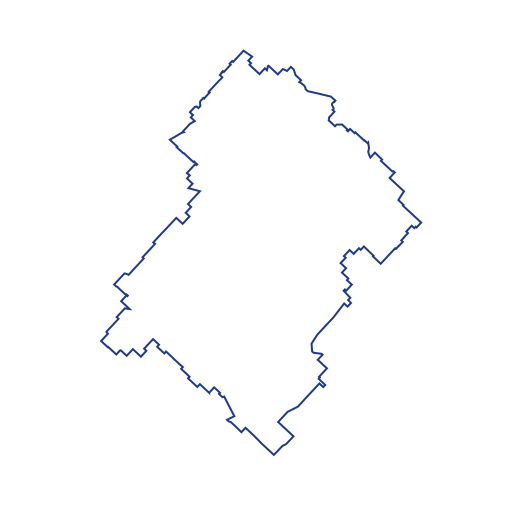 Dumbleyung, Western Australia, Australia, rotated 133°
{"feature_id": "25037944B51137520992535", "entity_name": "Dumbleyung", "entity_type": "district", "adm_level": 2, "iso_a3": "AUS", "parent_name": "Australia", "parent_adm1": "Western Australia", "projection": "natural_earth1", "projection_center": [117.914, -33.218], "detail": "fine", "context": "isolated", "style": "outline", "palette": "blue", "viewbox_px": 512, "rotation_deg": 133, "n_neighbors": 0, "source": "geoboundaries", "source_scale": "gbopen_adm2", "svg_char_len": 4559}
<svg xmlns="http://www.w3.org/2000/svg" viewBox="0 0 512 512"><g transform="rotate(133 256 256)"><path d="M118.9,158.0L118.9,163.7L119.0,182.9L118.0,182.9L118.0,188.4L118.0,188.5L118.0,190.0L111.9,191.2L107.8,191.9L107.8,197.3L107.8,201.8L107.8,210.8L107.8,211.5L105.2,211.5L100.2,211.5L100.2,213.3L101.2,213.8L101.2,225.2L101.2,226.2L101.2,229.5L99.5,229.5L99.3,239.5L106.0,239.5L105.3,241.2L104.5,243.0L103.3,244.9L103.2,244.9L100.0,247.0L96.4,251.4L97.4,251.4L97.4,255.6L97.8,255.6L97.8,257.4L97.8,267.7L98.9,267.7L98.9,273.8L102.1,273.8L102.1,275.3L101.1,275.3L101.1,282.7L105.0,286.7L107.2,286.7L107.2,286.8L107.2,295.3L104.7,297.1L102.8,297.1L101.8,296.9L101.1,297.0L100.5,297.1L96.9,297.1L96.9,299.3L96.9,299.5L96.6,299.4L96.4,299.4L96.2,299.4L95.9,299.4L95.7,299.5L95.4,299.7L95.2,299.8L95.1,300.0L94.9,300.1L94.8,300.3L94.8,300.5L93.8,303.2L93.7,303.4L93.6,303.5L93.4,303.8L93.1,304.0L92.9,304.1L92.4,304.3L92.2,304.3L91.8,304.3L91.6,304.3L90.7,304.2L90.4,304.2L90.1,304.1L90.0,303.8L88.2,303.9L88.3,307.4L88.3,309.1L88.3,309.4L88.3,309.9L92.0,316.4L94.4,320.7L99.1,328.7L99.4,329.2L100.2,330.6L100.2,333.5L99.5,334.2L98.7,336.1L98.5,337.7L98.8,340.7L99.3,342.9L96.7,342.9L96.7,349.0L96.8,349.0L96.8,350.3L93.9,355.5L93.9,359.5L99.5,359.5L101.0,363.9L102.4,363.9L108.3,363.9L108.3,377.4L108.4,377.1L109.5,376.5L112.7,374.7L112.7,377.5L120.6,377.5L120.6,391.2L118.4,391.2L118.4,394.8L112.8,394.8L113.9,402.0L114.3,405.1L121.2,405.1L124.6,405.1L124.8,405.1L129.7,405.1L129.7,406.4L132.3,406.4L133.4,406.4L133.3,405.0L138.3,405.0L143.3,405.0L143.3,406.3L145.3,406.3L145.3,405.9L148.3,405.9L148.3,402.5L150.2,402.4L151.3,402.5L157.0,402.6L158.5,402.6L168.2,402.6L168.0,401.4L172.3,401.4L176.3,401.3L176.3,402.3L181.5,402.3L181.3,402.2L184.3,399.0L184.5,399.0L187.1,399.0L187.1,401.4L189.0,402.4L195.9,402.4L195.9,398.2L197.4,398.2L199.1,398.2L199.1,392.8L204.5,394.5L210.5,394.4L214.7,394.4L214.7,393.2L216.7,394.4L219.4,395.2L229.7,398.3L229.7,388.3L230.5,388.3L230.5,383.2L230.4,383.2L230.4,379.2L230.0,379.0L230.0,368.9L229.9,365.7L229.1,365.7L229.1,361.5L230.1,361.5L230.1,363.1L234.9,363.1L242.5,363.1L242.5,360.4L242.2,360.4L242.2,359.4L244.2,359.4L246.3,359.4L246.4,353.9L246.4,351.7L252.5,351.7L246.9,341.2L253.3,341.2L255.8,341.2L262.3,341.2L264.4,341.2L264.4,336.9L266.9,336.9L272.3,336.9L272.4,331.6L282.5,331.6L282.5,340.3L293.6,340.3L305.8,340.4L316.2,340.4L316.2,339.2L315.9,338.7L315.9,338.1L325.3,338.1L334.4,338.1L334.4,336.4L341.0,336.4L350.0,336.4L356.6,336.3L358.0,339.8L358.5,340.3L365.3,340.3L373.6,340.3L373.6,337.3L373.2,336.5L373.2,325.5L372.4,324.7L372.4,322.7L373.1,322.7L373.1,323.8L381.0,323.8L381.0,312.3L382.4,314.2L383.7,316.2L384.0,316.2L395.7,316.2L395.7,313.7L401.5,313.7L413.5,313.7L413.7,313.0L413.8,312.2L413.8,311.3L423.8,311.3L423.8,302.1L423.3,302.1L423.3,291.0L417.2,291.0L417.3,291.0L417.2,290.9L417.2,282.5L413.3,282.5L408.1,282.5L408.1,271.5L400.1,271.5L400.1,273.0L400.1,274.6L394.7,274.6L387.0,274.6L387.0,266.4L389.6,266.4L389.8,266.4L389.8,264.3L389.8,256.6L388.7,256.6L387.2,256.7L387.2,247.3L387.3,247.3L387.3,247.2L387.3,238.3L387.2,237.7L387.2,237.3L387.2,237.2L387.1,233.8L389.6,233.8L389.6,233.7L389.6,222.6L389.6,222.3L391.2,222.3L391.2,222.1L391.8,222.1L391.8,209.6L388.0,209.6L388.0,197.2L388.0,196.9L387.9,197.0L380.6,197.0L380.6,195.9L380.6,195.6L380.6,195.4L380.6,189.0L382.1,189.0L382.1,184.2L380.5,183.4L384.7,171.8L387.9,162.6L395.6,165.5L395.6,163.1L394.6,161.2L394.6,154.7L394.8,146.5L388.8,146.5L388.8,135.1L389.3,123.9L389.3,107.3L376.8,107.1L373.2,105.7L362.3,105.6L362.3,126.6L355.3,126.6L348.3,126.6L337.6,122.6L325.6,122.7L306.0,122.7L306.0,117.4L303.1,117.4L303.1,126.4L301.4,126.4L301.4,127.5L299.6,127.5L289.8,127.5L289.8,132.5L289.8,140.0L289.7,140.0L282.8,140.0L282.8,141.3L287.4,147.8L287.5,147.9L287.5,149.9L282.2,155.6L276.3,156.7L271.6,157.5L263.7,157.5L256.4,157.5L248.2,157.5L233.0,158.9L230.6,159.1L230.6,154.5L225.6,154.5L225.3,158.6L222.3,158.5L221.6,168.2L219.9,168.2L219.9,166.4L215.4,166.4L211.6,166.4L211.6,168.8L211.6,173.0L209.5,173.1L209.5,181.8L203.5,181.8L203.5,189.3L202.5,189.3L196.1,189.2L196.1,191.6L187.8,191.6L187.8,186.0L187.7,186.0L180.1,186.0L180.1,183.6L175.5,183.6L175.5,180.0L175.6,177.0L175.6,171.0L175.6,170.2L176.5,170.2L176.5,165.2L176.6,162.8L176.6,160.8L176.6,159.5L170.4,159.5L166.2,159.5L159.0,159.5L155.4,159.5L155.4,158.5L151.5,158.5L151.4,158.4L145.5,158.3L145.5,160.4L141.2,160.4L141.2,160.5L135.6,160.5L135.6,162.8L127.7,162.8L127.7,159.2L125.6,159.2L125.6,158.0L118.9,158.0Z" fill="none" stroke="#1e3a8a" stroke-width="2"/></g></svg>